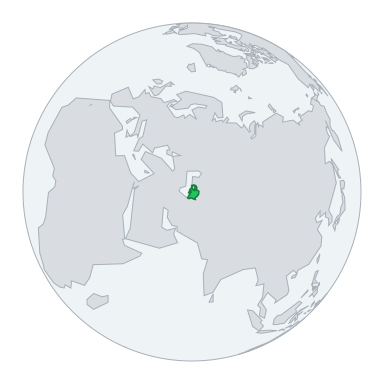 Balkan highlighted on a globe, orthographic projection, rotated 33°
{"feature_id": "TKM-351", "entity_name": "Balkan", "entity_type": "Province", "adm_level": 1, "iso_a3": "TKM", "parent_name": "Turkmenistan", "parent_adm1": "", "projection": "orthographic", "projection_center": [54.104, 39.835], "detail": "fine", "context": "on_globe", "style": "filled", "palette": "green", "viewbox_px": 384, "rotation_deg": 33, "n_neighbors": 0, "source": "natural_earth", "source_scale": "10m", "svg_char_len": 13873}
<svg xmlns="http://www.w3.org/2000/svg" viewBox="0 0 384 384"><g transform="rotate(33 192 192)"><circle cx="192" cy="192" r="169" fill="#eef3f6" stroke="#a8b0b8"/><path d="M190.5,23.0L191.5,23.0L194.9,23.1L204.7,25.2L221.8,29.6L229.7,30.7L226.0,31.0L242.8,33.4L253.7,37.5L239.8,33.2L237.1,33.1L243.7,35.7L242.4,36.2L244.9,37.9L242.7,38.4L234.7,36.4L233.2,36.8L237.9,38.7L238.8,40.8L232.0,37.8L232.8,41.2L219.6,39.3L203.2,32.7L194.2,33.6L173.0,32.4L173.3,33.6L165.4,34.5L162.8,36.4L159.6,36.0L160.3,37.9L163.7,37.9L165.2,38.8L164.0,40.0L159.7,39.7L159.7,39.0L157.8,39.6L156.1,38.9L156.3,39.9L151.2,39.6L154.4,41.8L148.8,43.1L145.9,42.5L148.7,40.0L148.9,33.8L146.8,33.1L141.2,34.1L125.4,40.8L122.1,41.3L115.9,43.8L116.5,44.4L121.6,42.7L121.3,44.9L127.6,43.1L128.4,43.8L133.9,43.3L130.4,46.2L124.0,49.4L119.3,50.1L116.3,51.7L118.6,53.5L107.8,57.8L97.0,66.0L94.4,67.1L93.4,64.0L98.9,57.1L97.5,54.7L95.7,59.3L89.4,62.5L87.2,64.5L86.0,66.3L87.3,66.4L84.5,68.3L85.4,64.0L87.9,62.2L87.6,63.4L90.1,60.4L90.6,58.3L87.4,60.5L91.6,56.2L89.3,57.8L89.1,58.0L89.8,57.4L92.3,55.6L89.9,57.4L99.8,50.4L110.0,44.2L120.7,38.8L131.8,34.1L143.2,30.3L154.8,27.2L166.6,25.0L178.5,23.6L190.5,23.0ZM195.0,23.1L196.6,23.1L191.7,23.0L191.4,23.0L195.0,23.1ZM204.7,23.9L202.1,23.8L201.5,23.4L203.2,23.6L204.7,23.9ZM235.7,31.6L232.0,30.4L236.1,31.4L235.7,31.6ZM245.6,38.1L247.0,38.3L247.7,39.2L245.6,38.1ZM135.4,41.9L134.6,42.6L134.0,42.3L135.4,41.9ZM138.5,41.0L138.4,40.2L139.8,39.7L139.9,40.2L138.5,41.0ZM245.0,40.8L245.5,42.3L243.6,40.4L245.0,40.8ZM138.4,42.3L142.4,39.0L145.0,38.2L147.4,39.7L138.4,42.3ZM245.0,42.9L246.5,46.9L249.9,47.6L241.1,48.1L242.7,44.3L239.8,41.8L243.1,43.1L245.0,42.9ZM165.3,37.4L161.6,37.4L165.8,36.4L165.3,37.4ZM167.7,36.5L178.5,32.6L183.4,33.4L178.8,34.4L186.0,34.9L183.0,37.2L178.4,37.5L175.8,36.4L176.6,38.1L167.7,36.5ZM236.1,48.0L235.2,48.8L234.6,47.6L236.1,48.0ZM166.1,39.1L167.8,38.1L172.2,38.7L169.4,40.8L168.9,39.9L166.1,39.1ZM189.3,34.0L192.0,35.0L190.4,37.1L191.2,37.8L183.3,37.3L189.3,34.0ZM167.3,40.4L167.9,41.9L164.8,42.8L164.7,40.1L167.3,40.4ZM174.4,38.0L176.4,38.5L174.4,38.9L174.4,38.0ZM154.0,47.3L156.0,45.9L158.4,46.0L154.0,47.3ZM168.4,42.5L169.5,42.2L170.6,42.1L170.4,43.3L168.4,42.5ZM182.7,38.9L181.5,39.7L185.9,39.2L184.8,41.0L179.7,40.4L181.5,41.4L181.2,42.0L177.4,40.9L182.7,38.9ZM173.7,44.5L166.9,44.8L162.6,47.3L160.4,47.2L167.6,43.2L173.7,44.5ZM176.2,42.5L174.1,43.7L172.3,42.8L172.6,41.4L176.2,42.5ZM185.9,42.4L188.8,39.9L189.8,40.1L185.9,42.4ZM172.8,45.4L174.5,45.3L172.7,45.6L172.8,45.4ZM182.3,43.5L183.2,42.5L184.3,42.8L182.3,43.5ZM177.1,46.1L174.9,46.1L175.0,45.2L177.1,46.1ZM179.7,45.0L181.1,45.7L176.4,44.8L180.0,44.5L179.7,45.0ZM183.2,43.9L184.2,43.7L182.7,44.3L183.2,43.9ZM177.8,50.0L171.9,49.2L172.2,46.9L177.9,48.0L177.8,50.0ZM39.0,220.5L36.8,191.8L40.9,186.4L43.7,176.2L73.2,160.0L77.1,166.4L97.7,174.6L99.8,177.4L94.9,184.8L108.3,203.2L115.6,198.3L130.3,209.5L141.7,212.3L150.2,197.2L131.6,192.3L130.9,183.4L147.9,180.4L164.5,185.0L164.8,181.8L156.4,172.6L162.4,167.7L153.7,168.9L155.6,172.8L150.2,173.9L148.2,170.5L150.4,168.7L146.0,166.1L136.6,175.6L137.6,180.6L124.7,178.6L125.0,186.9L120.7,189.2L118.6,176.1L120.5,172.2L114.7,156.1L111.6,159.9L116.8,175.5L114.2,173.4L110.0,179.4L111.1,173.2L106.3,155.8L96.1,153.1L79.3,162.7L74.2,160.3L71.6,153.5L81.5,138.8L91.9,145.9L95.5,141.4L96.7,131.7L99.8,134.9L101.5,132.0L105.8,134.4L115.0,130.6L119.8,132.4L126.5,124.2L129.9,124.2L124.9,128.9L124.1,133.4L136.4,138.4L139.7,137.4L143.1,131.8L146.0,134.2L147.7,128.2L156.3,128.6L147.3,123.3L151.0,117.3L157.8,114.3L157.4,111.5L146.2,116.6L143.3,119.6L143.3,123.6L133.7,131.7L128.8,131.6L132.7,120.0L126.1,118.7L132.0,110.8L158.6,100.8L168.2,100.6L177.4,112.6L173.4,115.8L168.1,113.0L170.1,121.1L171.3,117.8L173.8,119.9L178.0,115.3L179.9,116.6L180.6,110.1L183.4,111.2L183.0,115.3L191.6,110.0L198.4,111.3L199.4,109.5L198.5,107.2L207.7,110.7L208.0,109.3L205.2,107.5L204.0,103.6L205.4,98.3L208.5,99.8L208.4,101.9L212.8,108.9L212.0,114.7L213.5,114.8L214.9,110.2L209.5,101.6L209.5,97.9L212.7,101.6L211.5,100.0L212.5,98.7L216.3,98.9L213.2,94.8L219.7,80.0L227.8,79.4L229.9,84.0L237.7,76.6L246.2,77.4L243.5,75.6L245.5,71.5L242.9,71.1L241.7,70.0L245.5,60.3L248.8,59.5L247.4,54.2L246.1,53.4L243.5,53.7L241.1,48.1L249.9,47.6L252.5,49.3L256.2,48.2L261.8,52.4L268.1,55.8L272.0,61.7L276.6,64.2L277.5,63.5L284.5,66.6L295.7,76.2L282.6,71.3L265.0,59.5L271.9,64.3L269.1,64.3L270.8,66.7L275.8,70.3L277.1,70.1L278.9,82.6L288.4,95.8L290.6,91.4L295.3,92.6L308.1,105.9L316.5,132.8L322.9,136.2L325.5,140.4L324.9,145.7L321.1,139.8L317.4,140.2L315.3,136.3L313.0,143.5L309.9,138.2L309.6,146.8L313.4,149.7L316.6,144.9L317.6,155.2L325.1,158.6L329.6,167.0L329.3,188.9L323.5,200.0L323.9,203.1L319.7,202.5L316.9,211.2L327.0,221.9L327.7,226.4L321.9,239.9L321.3,236.8L310.2,235.1L310.2,246.6L318.6,250.4L321.6,258.4L316.0,259.1L312.7,252.1L308.8,251.2L308.4,241.7L302.4,229.9L296.6,235.7L295.6,229.9L286.4,221.2L277.3,229.0L263.8,249.8L264.2,264.6L258.6,272.4L246.0,254.4L242.0,240.3L236.5,242.8L224.4,231.8L200.7,233.0L198.3,229.0L193.6,231.0L185.3,226.9L181.8,220.2L176.4,220.4L185.8,238.0L191.7,237.8L198.0,231.2L199.4,237.3L207.5,242.4L195.3,256.9L161.6,267.4L159.9,256.1L142.3,221.0L143.7,217.5L143.7,217.1L143.6,216.3L140.4,221.8L137.9,214.7L145.6,239.2L146.2,248.9L161.1,268.0L159.3,269.5L164.6,273.5L183.4,270.7L183.1,274.3L173.3,289.7L148.7,306.8L152.9,319.6L152.7,328.9L139.4,332.0L142.7,338.6L136.1,339.0L137.1,342.1L133.1,343.7L125.5,343.5L110.3,337.5L107.7,334.7L97.6,326.1L82.7,305.7L84.7,299.6L82.7,292.3L71.9,270.6L74.1,262.4L71.7,256.7L66.4,254.3L63.8,247.3L60.7,245.0L43.1,232.7L39.0,220.5ZM60.4,172.8L58.9,175.6L60.4,172.8ZM180.6,198.3L191.6,199.8L189.4,188.9L193.4,188.7L191.2,185.3L189.1,188.1L184.1,178.7L189.8,176.0L189.9,171.3L186.2,170.7L176.5,177.3L183.7,190.6L180.0,194.7L180.6,198.3ZM89.3,62.7L89.2,63.1L87.5,65.1L87.3,64.6L89.3,62.7ZM85.5,72.8L81.2,75.7L84.2,73.1L83.1,72.6L88.1,66.8L93.4,67.3L90.1,68.0L85.5,72.8ZM96.3,59.7L92.5,63.0L96.4,59.4L96.3,59.7ZM107.0,114.9L107.3,117.9L104.1,120.5L98.1,119.3L102.6,115.4L107.0,114.9ZM108.6,121.7L114.2,111.1L118.2,111.8L115.0,113.1L117.1,114.7L112.5,117.3L110.9,128.7L108.0,131.8L98.4,127.2L103.1,126.8L102.5,123.7L108.6,121.7ZM121.2,86.4L123.6,82.8L129.2,88.8L126.2,91.6L120.0,90.2L119.8,86.2L121.2,86.4ZM141.9,45.9L142.4,44.8L143.6,44.8L144.1,45.7L141.9,45.9ZM154.7,46.6L140.6,50.9L140.5,49.8L132.3,54.1L129.0,52.9L134.4,50.1L125.7,52.7L129.2,49.6L123.3,51.8L135.8,45.6L138.7,43.3L136.7,46.3L139.7,47.3L141.9,47.1L150.1,44.9L157.7,40.9L161.9,41.6L162.9,43.2L161.7,44.3L159.3,43.4L159.4,45.5L155.1,45.1L154.7,46.6ZM171.3,66.9L169.1,64.5L168.6,70.3L164.3,69.2L164.5,70.0L160.3,70.6L155.7,72.9L154.1,71.9L153.0,73.3L150.2,73.9L148.2,75.4L144.6,74.4L141.8,76.3L141.7,74.7L137.8,78.3L139.1,75.2L135.6,76.0L136.2,78.6L122.0,70.9L115.0,70.7L108.5,72.5L111.6,67.4L119.8,62.7L129.7,59.4L136.0,60.5L136.3,58.2L139.4,58.2L137.8,60.0L142.0,57.2L144.1,57.8L153.0,55.9L157.7,52.0L161.1,51.4L160.3,53.3L164.2,51.5L165.0,54.6L167.4,54.3L170.7,57.3L167.8,61.3L170.7,60.7L173.3,63.2L171.3,66.9ZM178.6,50.9L176.1,55.5L172.5,57.3L168.4,51.3L166.1,51.2L163.3,47.8L168.5,45.5L168.8,46.6L170.4,47.2L168.1,47.7L171.1,47.7L171.6,49.3L174.0,49.9L172.5,51.2L178.6,50.9ZM103.9,175.6L105.8,177.0L109.2,178.2L106.7,182.1L103.9,175.6ZM100.3,163.8L102.3,164.2L100.3,169.9L98.3,168.7L100.3,163.8ZM105.1,159.7L102.6,163.8L102.7,160.8L105.1,159.7ZM127.0,129.1L129.3,129.3L128.9,130.8L126.8,132.3L127.0,129.1ZM168.8,85.4L168.1,83.4L169.2,83.0L171.0,78.4L174.4,79.1L174.6,82.1L168.8,85.4ZM146.1,199.2L141.9,201.5L140.6,199.6L142.3,199.2L146.1,199.2ZM122.6,192.1L127.2,195.9L121.8,193.1L122.6,192.1ZM172.7,85.4L173.1,83.4L174.6,85.0L172.7,85.4ZM176.9,79.4L178.9,80.9L175.0,78.7L176.9,79.4ZM220.1,358.6L220.6,358.5L221.4,358.4L220.1,358.6ZM181.7,330.3L173.3,344.1L165.2,343.4L162.5,339.2L164.8,330.7L173.8,328.8L177.9,324.5L181.7,330.3ZM342.8,258.9L344.8,256.7L344.6,257.3L342.8,258.9ZM340.9,259.7L343.4,256.8L340.2,261.5L340.9,259.7ZM344.3,255.7L346.8,251.4L348.0,249.0L347.6,250.5L344.3,255.7ZM339.0,261.8L327.7,272.3L322.9,274.7L324.3,271.7L332.2,265.7L339.0,261.8ZM323.9,271.9L316.0,271.7L302.8,260.7L307.6,258.5L320.9,261.7L320.1,264.1L325.0,265.5L323.9,271.9ZM341.8,245.4L340.9,251.7L335.0,257.2L332.1,258.9L330.1,253.4L331.3,248.6L333.7,246.6L341.5,225.1L344.5,225.2L342.6,233.4L345.0,235.9L341.8,245.4ZM265.1,265.7L269.6,272.7L266.3,275.1L265.1,265.7ZM343.2,212.2L341.0,221.6L342.6,210.6L343.2,212.2ZM343.4,202.9L344.2,205.6L342.4,204.2L343.4,202.9ZM325.1,207.4L322.5,210.3L321.8,208.2L324.6,203.3L325.1,207.4ZM333.0,174.2L335.5,180.6L335.8,183.3L333.5,180.5L333.0,174.2ZM201.8,91.0L195.5,96.3L193.2,101.1L195.3,105.2L189.6,102.0L193.2,94.5L201.8,91.0ZM217.1,81.0L215.2,77.9L217.8,78.0L218.6,78.8L217.1,81.0ZM214.7,80.0L209.1,78.6L209.1,76.0L213.6,77.6L214.7,80.0ZM190.8,81.4L188.7,82.9L187.6,81.5L190.8,81.4ZM319.5,302.9L322.4,298.8L323.3,297.8L326.7,292.2L338.2,275.9L347.4,257.0L350.0,251.7L354.3,238.7L355.2,235.8L351.4,248.0L346.7,259.9L341.2,271.4L334.7,282.4L327.5,292.9L319.5,302.9ZM347.6,252.6L350.8,244.4L352.0,241.8L347.6,252.6ZM359.0,217.8L359.2,215.8L357.4,222.1L357.0,221.1L358.1,216.6L356.2,219.5L358.3,212.8L358.8,215.9L359.7,208.4L360.5,203.7L360.6,203.0L359.0,217.8ZM357.4,224.6L357.7,223.6L357.2,226.0L357.4,224.6ZM353.2,230.9L353.0,232.6L352.3,232.8L353.2,230.9ZM354.2,228.2L356.1,225.5L354.0,229.8L354.2,228.2ZM346.4,235.3L347.3,237.8L350.0,231.8L347.9,237.9L349.3,241.1L348.5,244.2L347.2,240.4L346.0,247.8L344.8,249.3L344.5,244.6L346.0,236.2L347.2,231.7L351.8,223.8L346.4,235.3ZM354.4,223.9L353.8,220.8L354.2,217.2L354.8,218.2L354.4,223.9ZM351.3,213.9L348.8,211.9L347.2,216.3L349.7,204.2L351.8,208.2L351.3,213.9ZM348.1,205.5L346.7,209.6L347.7,203.1L348.1,205.5ZM346.0,208.5L345.1,205.3L346.5,203.9L346.0,208.5ZM349.0,204.4L348.1,198.0L349.4,200.5L349.0,204.4ZM342.6,198.3L347.0,200.0L342.5,202.8L339.1,191.6L340.7,189.1L342.6,198.3ZM331.5,139.4L329.3,136.7L329.9,133.9L331.3,136.5L331.5,139.4ZM329.9,123.3L329.4,132.3L328.6,140.1L330.3,140.1L332.8,146.6L328.6,143.7L326.9,134.3L328.0,129.5L325.3,124.4L324.3,118.7L320.0,113.7L318.6,110.1L322.9,113.3L329.9,123.3ZM318.1,111.8L310.2,102.2L312.7,99.6L315.0,101.1L317.6,106.5L316.1,107.5L318.1,111.8ZM309.1,99.2L307.6,100.3L292.9,90.7L290.4,88.1L302.9,93.4L302.1,94.8L305.3,97.7L309.1,99.2ZM237.0,49.3L235.4,48.8L236.9,48.6L237.0,49.3ZM240.2,70.0L238.9,68.4L240.8,68.1L240.2,70.0ZM236.4,64.1L235.2,65.6L235.2,63.4L236.4,64.1ZM232.7,69.2L234.1,65.9L234.7,69.9L232.7,69.2Z" fill="#d9dde1" stroke="#a8b0b8" stroke-width="1"/><path d="M191.9,184.6L192.0,184.6L193.4,185.5L193.8,185.8L193.8,186.1L194.2,186.7L194.5,187.2L194.6,187.3L194.8,187.4L194.9,187.7L195.0,187.8L195.4,187.8L195.5,187.7L195.9,187.6L196.0,187.6L197.4,187.6L197.4,187.8L197.6,188.2L197.7,188.3L197.8,188.5L198.0,188.7L198.3,189.5L198.6,189.8L198.7,190.2L198.8,190.5L198.7,190.9L198.8,191.0L198.6,191.3L198.5,191.5L198.8,192.5L198.6,192.6L197.9,195.0L197.8,195.3L197.7,195.5L197.7,195.8L197.8,195.9L198.0,196.0L198.2,195.9L198.3,196.0L198.4,195.9L198.6,196.1L198.8,196.3L199.0,196.5L198.9,196.6L198.3,196.6L198.1,196.5L197.7,196.6L197.4,196.6L197.2,196.7L197.1,196.8L197.2,197.0L196.9,197.1L196.7,197.1L196.3,197.2L196.2,197.1L195.9,197.1L195.3,197.1L195.1,197.1L194.8,197.4L194.6,197.4L194.6,197.5L194.4,197.5L194.2,197.7L194.1,197.9L193.8,198.1L193.7,198.2L193.6,198.4L193.6,198.5L193.6,198.8L193.3,199.1L193.2,199.1L192.6,199.3L192.4,199.3L192.2,199.4L191.6,199.3L191.5,199.0L191.4,198.7L191.4,198.2L191.3,197.3L191.4,196.8L191.4,196.7L191.5,196.6L191.4,196.3L191.4,196.2L191.4,195.9L191.4,195.5L191.4,195.4L191.6,195.2L191.7,194.7L191.5,194.4L191.4,194.4L191.2,194.4L191.1,194.1L191.1,194.3L191.1,194.2L191.2,193.9L191.1,193.7L191.0,193.9L191.0,194.2L190.9,194.0L190.9,193.9L190.8,193.7L190.8,193.9L190.8,193.7L190.7,193.5L190.8,193.4L190.7,193.5L190.4,193.5L190.3,193.4L190.2,193.5L190.2,193.4L189.8,193.4L189.9,193.5L189.9,193.8L189.8,193.5L189.7,193.3L189.7,193.2L189.8,193.1L189.9,192.9L190.0,192.6L190.0,192.8L190.3,192.9L190.5,192.9L190.6,193.0L190.8,193.1L190.8,192.9L190.9,193.0L191.0,192.9L191.1,193.0L191.2,192.9L190.9,192.8L191.0,192.7L190.9,192.6L190.7,192.5L190.6,192.4L190.5,192.5L190.5,192.4L190.5,192.5L190.4,192.5L190.4,192.4L190.5,192.2L190.4,192.2L190.6,191.9L190.8,191.7L190.7,191.6L190.4,191.5L190.2,191.6L189.9,191.5L189.6,191.6L189.4,191.6L189.3,191.4L189.3,191.5L189.3,191.8L189.5,192.1L189.6,192.3L189.5,192.2L189.4,192.0L189.4,191.9L189.3,191.7L189.2,191.7L188.9,191.3L188.9,191.2L189.0,191.0L188.9,190.9L188.8,190.7L188.9,190.1L189.0,189.9L189.2,189.6L189.2,189.4L189.2,189.2L189.3,188.9L189.4,188.7L189.4,188.3L189.5,188.4L189.5,188.5L189.6,188.9L189.8,188.9L189.8,189.0L189.7,189.0L189.8,189.1L190.1,189.1L190.3,189.2L190.4,189.3L190.6,189.3L190.8,189.2L190.8,188.9L191.0,189.0L191.0,189.4L191.1,189.5L191.3,189.6L191.5,189.7L191.8,189.6L192.0,189.5L191.9,189.4L192.1,189.4L192.3,189.4L192.3,189.5L192.7,189.5L192.6,189.4L192.4,189.2L192.4,188.9L192.5,188.8L192.8,189.0L192.7,189.1L192.8,189.1L193.2,189.0L193.3,188.9L193.5,188.7L193.4,188.6L193.3,188.4L193.5,188.4L193.4,188.3L193.4,188.2L193.2,188.2L192.7,187.7L192.4,187.5L192.2,187.4L192.1,187.2L191.9,187.1L191.8,186.9L191.8,186.5L191.8,186.3L191.6,186.0L191.6,185.9L191.6,185.7L191.6,185.4L191.4,185.2L191.2,185.2L190.4,185.3L190.2,185.4L189.9,185.3L189.5,185.6L189.2,186.3L189.1,186.5L189.3,186.5L189.4,186.8L189.2,187.3L189.2,187.7L189.2,187.8L189.3,188.2L189.3,188.3L189.2,188.3L189.2,188.1L189.1,187.9L189.1,187.6L189.0,187.4L188.9,187.4L188.9,187.2L188.7,187.1L188.6,186.9L188.7,186.6L188.5,186.4L188.4,186.4L189.1,185.6L189.5,185.2L189.9,185.1L190.0,185.0L190.5,184.8L191.9,184.6ZM189.5,194.3L189.6,194.2L189.6,194.4L189.7,195.2L189.6,194.8L189.6,194.7L189.5,194.3L189.5,194.3ZM190.6,192.7L190.7,192.8L190.6,193.0L190.5,192.8L190.6,192.7Z" fill="#22c55e" stroke="#15803d" stroke-width="1.5"/></g></svg>